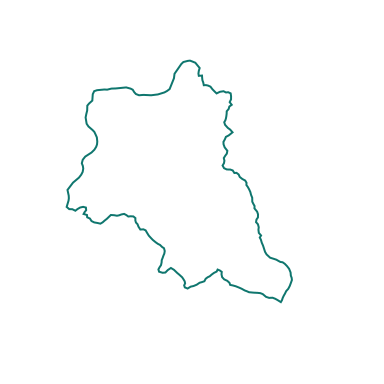 Conquista, Minas Gerais, Brazil (Mercator projection), rotated 134°
{"feature_id": "56859067B32516427424579", "entity_name": "Conquista", "entity_type": "district", "adm_level": 2, "iso_a3": "BRA", "parent_name": "Brazil", "parent_adm1": "Minas Gerais", "projection": "mercator", "projection_center": [-47.62, -19.86], "detail": "fine", "context": "isolated", "style": "outline", "palette": "teal", "viewbox_px": 384, "rotation_deg": 134, "n_neighbors": 0, "source": "geoboundaries", "source_scale": "gbopen_adm2", "svg_char_len": 3474}
<svg xmlns="http://www.w3.org/2000/svg" viewBox="0 0 384 384"><g transform="rotate(134 192 192)"><path d="M289.8,271.8L289.6,268.4L287.5,266.1L286.5,262.9L283.8,262.5L280.9,261.7L278.3,260.0L276.9,257.5L278.6,255.5L281.0,255.3L283.1,254.7L281.5,251.6L283.0,249.8L282.0,247.0L282.7,244.1L281.8,241.2L279.9,238.4L278.4,235.9L275.9,235.2L273.3,235.0L270.4,234.6L267.3,234.5L264.9,234.4L262.8,231.9L261.2,229.5L259.5,228.3L257.2,227.2L254.9,225.6L254.2,223.2L253.9,220.8L252.1,219.3L250.3,217.2L250.1,214.6L251.8,213.0L252.9,211.1L253.0,208.8L254.1,206.5L254.9,203.1L252.6,201.0L251.8,198.7L252.5,196.3L253.4,192.8L253.6,189.7L253.7,186.9L253.4,183.2L253.0,180.5L252.3,178.3L252.3,175.2L251.9,173.1L253.4,170.6L255.6,169.1L257.5,168.4L259.9,167.3L262.1,166.4L263.7,165.0L266.1,163.5L268.9,163.0L271.0,162.4L272.2,160.3L270.5,157.0L268.4,155.2L265.0,155.2L261.3,154.4L260.5,150.9L260.5,146.5L260.3,143.7L260.2,139.8L260.7,137.5L261.3,135.3L262.5,133.5L264.6,132.8L265.6,130.9L264.5,128.1L261.0,127.2L258.6,125.6L255.4,124.2L252.0,123.5L249.8,122.2L247.6,121.1L244.9,121.9L242.4,121.5L240.3,120.7L237.8,120.5L234.9,120.0L232.1,119.0L230.0,119.7L229.1,117.4L228.8,115.1L230.7,113.6L232.3,111.2L232.5,108.2L231.4,105.0L231.3,102.0L232.3,100.0L230.9,97.8L229.4,95.0L228.1,91.8L227.1,89.1L226.2,85.7L225.2,83.4L224.5,81.4L223.0,79.5L221.3,77.4L219.1,74.9L217.3,72.6L216.3,70.2L216.0,65.9L214.6,63.0L212.1,60.6L211.0,58.0L210.3,55.4L209.5,51.6L207.4,52.1L205.1,53.2L202.7,54.0L200.6,54.5L197.9,55.4L194.8,55.5L191.7,56.4L188.5,57.8L185.9,59.0L184.5,60.7L183.5,62.8L181.4,65.2L179.8,68.8L179.3,72.2L179.2,75.4L179.6,78.0L180.9,79.8L181.5,81.9L182.1,84.3L183.4,87.0L185.0,90.2L185.1,95.0L184.3,97.9L182.9,100.5L181.2,103.7L180.0,106.6L178.4,109.4L177.7,111.6L175.3,112.1L175.0,115.5L173.0,118.0L171.0,119.5L169.4,122.2L169.2,125.0L167.0,126.5L164.5,126.9L162.2,129.0L160.9,131.5L160.4,135.7L158.6,137.3L158.0,139.4L157.1,141.9L154.3,144.7L153.0,147.6L151.5,150.0L150.4,152.8L149.6,155.4L149.2,157.7L147.5,159.2L146.8,161.7L147.7,164.9L148.0,168.1L147.0,170.6L147.3,173.3L148.9,174.7L148.2,177.7L149.3,180.1L151.6,182.6L152.6,185.5L151.7,188.4L149.1,189.0L147.0,190.4L145.5,192.7L142.7,193.3L140.2,193.6L137.8,195.2L137.2,199.5L135.8,202.4L134.1,204.2L131.4,204.9L128.8,205.9L125.8,204.9L123.5,204.6L120.9,204.3L120.6,207.9L121.0,210.8L120.7,214.9L119.4,217.3L117.3,217.8L115.5,218.7L113.7,219.9L111.7,221.4L109.8,223.1L106.8,223.3L104.6,224.5L101.7,224.0L101.2,227.3L98.2,228.3L96.0,230.4L94.2,232.7L95.1,235.3L96.8,236.7L97.6,239.3L100.5,241.5L104.0,242.8L104.0,245.5L103.9,248.7L103.4,251.9L104.3,254.4L105.4,256.2L107.0,257.7L105.4,260.0L104.4,262.1L103.0,263.8L101.3,265.7L103.7,267.8L102.4,269.6L100.2,271.2L97.5,272.6L97.2,275.2L96.7,279.4L97.9,282.4L98.9,284.7L100.6,286.1L104.5,288.5L107.4,288.6L119.1,286.7L122.7,284.0L133.5,279.6L136.6,280.1L139.5,281.0L145.5,284.3L150.8,288.6L155.9,294.4L159.2,297.3L160.5,300.4L160.3,303.0L159.6,305.7L160.3,308.0L162.5,312.0L170.5,318.8L173.6,321.8L177.3,324.1L179.1,326.2L184.7,331.0L187.4,332.4L190.6,331.3L195.5,327.2L199.8,327.5L202.6,327.3L206.2,324.0L209.0,322.4L212.3,320.3L216.1,315.2L216.8,312.0L216.5,306.5L216.6,304.0L217.7,301.1L218.8,298.4L221.5,295.2L223.7,293.4L226.1,292.3L229.4,291.6L233.4,291.7L240.7,293.4L244.7,293.0L247.9,291.2L249.1,288.6L250.7,286.5L253.5,284.6L256.5,283.7L260.2,283.3L267.9,284.1L277.0,283.0L280.3,278.1L282.1,276.2L284.0,274.8L289.8,271.8Z" fill="none" stroke="#0f766e" stroke-width="2"/></g></svg>